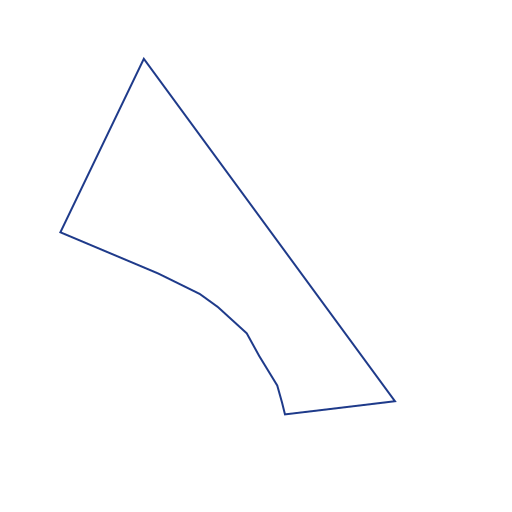 outline of 43, Ar Rayyān, Qatar, rotated 205°
{"feature_id": "91078587B15697971941315", "entity_name": "43", "entity_type": "district", "adm_level": 2, "iso_a3": "QAT", "parent_name": "Qatar", "parent_adm1": "Ar Rayyān", "projection": "mercator", "projection_center": [51.504, 25.251], "detail": "fine", "context": "isolated", "style": "outline", "palette": "blue", "viewbox_px": 512, "rotation_deg": 205, "n_neighbors": 0, "source": "geoboundaries", "source_scale": "gbopen_adm2", "svg_char_len": 308}
<svg xmlns="http://www.w3.org/2000/svg" viewBox="0 0 512 512"><g transform="rotate(205 256 256)"><path d="M68.7,183.1L441.0,387.3L443.3,194.8L337.3,198.8L290.8,197.8L268.9,193.6L231.7,182.0L210.8,166.7L182.0,147.6L170.4,134.1L162.8,124.7L68.7,183.1Z" fill="none" stroke="#1e3a8a" stroke-width="2"/></g></svg>